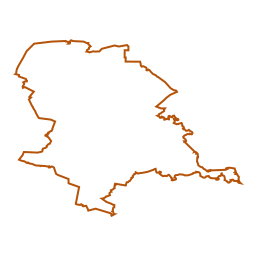 Rušonas pag., Riebinu, Latvia
{"feature_id": "27541924B29879991166878", "entity_name": "Rušonas pag.", "entity_type": "district", "adm_level": 2, "iso_a3": "LVA", "parent_name": "Latvia", "parent_adm1": "Riebinu", "projection": "robinson", "projection_center": [26.972, 56.22], "detail": "fine", "context": "isolated", "style": "outline", "palette": "amber", "viewbox_px": 256, "rotation_deg": 0, "n_neighbors": 0, "source": "geoboundaries", "source_scale": "gbopen_adm2", "svg_char_len": 5861}
<svg xmlns="http://www.w3.org/2000/svg" viewBox="0 0 256 256"><path d="M235.9,172.0L234.6,168.4L232.8,168.3L232.1,168.0L228.7,167.7L226.3,168.2L226.0,168.8L226.9,169.2L225.6,169.8L210.8,170.4L210.7,170.0L210.3,169.9L209.9,170.1L210.0,170.8L208.4,170.4L207.6,170.7L207.6,171.1L208.3,171.6L208.1,171.7L207.3,171.3L204.8,169.3L203.8,169.0L202.3,167.2L201.8,167.3L200.3,166.7L198.3,165.3L198.1,164.7L198.1,163.7L197.6,163.0L197.4,162.0L197.0,161.6L197.3,157.8L198.0,157.5L198.0,157.1L197.6,156.8L198.0,156.4L197.6,153.8L196.5,153.7L196.9,153.2L196.7,152.7L195.9,152.6L195.7,152.0L195.0,151.7L194.4,151.9L194.6,151.6L194.4,151.4L184.8,142.1L184.2,141.3L184.8,141.3L184.7,141.6L185.0,141.5L186.1,141.0L186.1,140.6L185.3,139.2L183.6,137.9L183.2,137.1L183.3,136.7L184.7,135.3L185.7,135.1L187.4,134.0L189.4,134.2L189.7,133.8L190.0,134.1L191.8,134.3L192.5,133.2L192.1,132.1L190.0,130.9L188.9,129.9L188.1,130.5L186.1,130.8L184.6,129.3L184.1,129.1L183.7,129.3L183.0,128.8L182.9,128.5L183.9,128.1L183.8,127.4L183.5,126.6L182.2,125.8L182.2,124.2L181.9,123.8L181.9,123.4L181.5,123.0L178.8,123.7L178.2,124.1L176.5,124.2L175.5,123.5L174.7,123.5L173.8,123.0L174.3,122.5L174.5,121.7L174.8,121.1L173.9,119.0L174.4,119.3L175.8,119.5L176.7,120.1L177.6,120.3L178.4,119.8L178.0,119.0L176.9,118.8L175.5,117.9L174.5,116.3L174.0,116.0L174.0,115.7L172.7,115.9L172.1,117.0L171.6,117.2L170.9,116.8L170.0,116.7L170.0,116.2L169.5,115.9L168.7,116.1L168.3,117.1L168.9,118.2L169.0,119.3L168.5,119.3L167.2,118.8L164.5,119.7L164.2,119.6L164.3,119.1L164.9,118.9L164.9,118.5L163.6,117.3L161.7,116.6L160.5,117.4L161.0,117.7L160.1,117.8L159.2,116.6L157.4,115.7L158.8,115.1L159.2,113.9L160.6,113.5L161.6,112.6L164.0,111.2L164.2,110.7L163.9,109.9L165.0,108.4L161.0,108.4L156.3,106.6L164.1,100.1L166.4,97.8L170.3,94.8L177.0,91.8L176.1,90.6L173.7,90.1L170.7,88.3L165.1,82.1L158.2,77.1L157.2,76.7L155.8,75.3L152.9,73.9L150.7,71.7L149.6,70.2L148.4,69.6L147.9,70.2L147.2,70.4L146.5,70.2L146.6,68.5L146.2,67.6L143.4,66.3L142.7,66.2L141.9,66.7L141.3,66.2L140.8,65.5L140.6,63.5L140.1,61.7L125.6,61.6L125.7,57.5L124.6,57.4L124.7,50.2L128.4,50.3L128.4,46.3L127.2,45.5L127.0,45.1L118.8,46.5L114.6,45.5L101.8,48.8L99.4,51.4L94.7,51.6L93.5,51.3L89.3,52.4L88.8,52.0L86.7,51.6L87.3,51.1L87.0,50.2L87.1,49.9L89.0,48.8L89.0,47.6L90.6,46.3L88.4,44.3L88.2,44.0L88.3,43.0L87.0,43.1L83.5,41.6L73.2,41.1L71.1,40.3L70.8,40.9L69.5,41.5L69.4,41.9L70.0,42.3L70.1,42.7L69.8,43.4L69.0,43.7L68.3,43.7L68.9,43.1L67.7,41.9L66.9,41.5L65.8,41.5L65.6,41.0L51.5,41.6L34.1,43.7L26.6,51.2L22.9,58.2L17.9,66.8L17.5,68.1L17.0,68.6L16.3,71.9L16.2,73.5L15.4,74.1L19.0,75.0L18.9,76.5L26.0,79.0L26.3,80.1L26.9,80.6L26.8,81.4L24.8,81.5L23.3,82.3L24.1,83.4L24.1,84.1L22.6,86.7L22.9,87.8L24.9,87.1L33.8,91.6L29.4,96.9L31.0,97.5L28.9,99.5L32.0,105.9L32.8,106.8L33.0,107.7L35.2,111.2L35.9,112.9L38.0,116.8L39.0,118.1L50.8,119.6L55.1,121.5L52.3,128.9L52.4,129.5L51.5,131.0L50.5,131.2L49.9,131.8L48.1,132.6L47.8,133.6L48.2,133.8L47.6,134.4L47.5,135.1L46.9,134.8L46.7,134.4L45.8,134.8L46.0,135.3L45.6,135.7L48.4,137.3L51.1,141.0L49.9,143.6L48.2,144.3L47.1,145.7L46.7,145.8L46.8,146.9L45.8,147.7L42.9,148.7L42.5,149.4L42.5,150.7L42.2,151.4L41.7,151.7L37.5,152.6L23.9,152.0L22.5,155.3L19.0,159.7L21.1,160.6L24.6,161.4L26.8,162.9L27.1,163.0L27.8,162.5L28.5,162.7L28.8,163.3L32.4,164.0L35.0,165.2L37.1,165.6L38.8,165.5L40.4,166.1L41.0,165.7L43.4,166.0L44.2,165.9L47.7,166.5L49.5,166.3L49.9,166.6L48.9,166.9L48.7,167.1L48.9,167.5L50.3,167.4L51.5,166.5L52.8,166.8L53.9,167.5L56.1,173.9L58.2,175.1L68.5,179.0L68.6,183.3L79.1,187.0L75.8,203.9L76.7,204.4L77.9,204.5L79.0,204.9L80.6,204.9L80.9,204.4L81.5,204.3L81.9,204.8L83.1,205.3L83.3,205.6L83.0,206.2L83.6,206.3L86.2,205.8L87.8,209.0L88.3,210.6L95.6,208.7L110.4,213.2L111.2,213.7L111.6,214.5L111.3,215.1L111.6,215.7L114.5,214.2L113.6,214.1L113.7,213.6L112.9,211.3L112.4,211.2L112.9,210.5L112.8,209.4L113.4,207.5L114.3,207.3L114.3,204.9L112.7,204.6L111.0,203.6L106.6,202.0L101.8,198.6L103.8,198.3L105.0,197.4L105.7,197.2L106.1,196.4L107.2,196.3L110.0,195.2L109.4,193.6L109.5,193.1L111.1,191.7L111.4,191.7L110.9,190.3L112.4,189.7L114.7,188.0L114.3,187.2L114.5,186.3L115.3,185.4L114.7,184.9L115.1,183.7L125.8,185.5L125.9,185.4L125.8,184.8L126.7,182.3L128.1,182.2L128.8,181.3L130.0,180.8L130.9,179.2L132.0,178.0L131.7,177.7L132.9,177.1L132.8,176.0L134.3,174.0L135.4,173.8L135.7,172.3L138.1,173.6L139.6,173.1L142.1,172.9L147.8,171.8L152.4,170.1L153.1,170.0L154.7,169.0L155.6,168.8L156.0,170.8L156.5,172.4L156.9,172.7L158.7,172.5L159.7,171.6L160.7,171.9L160.9,172.5L160.6,173.0L159.7,173.3L159.6,173.7L160.6,174.7L163.0,176.2L164.6,175.9L165.8,175.9L166.1,176.1L167.0,176.0L168.4,174.8L168.9,174.8L170.7,176.7L171.3,178.1L171.6,178.4L172.5,178.4L171.9,179.5L171.8,180.2L172.7,180.3L174.6,179.9L175.9,179.3L176.0,178.5L174.9,177.5L174.7,176.3L175.1,175.5L175.6,175.2L177.7,175.0L179.6,174.3L183.4,174.7L184.9,175.4L188.1,175.3L192.5,173.9L193.0,173.6L193.2,173.0L196.0,172.5L195.9,171.9L196.1,171.7L197.1,172.2L198.1,172.0L199.2,172.4L199.9,173.3L200.3,174.6L200.3,175.9L203.2,177.5L204.7,177.7L205.5,177.2L206.2,176.4L208.7,176.0L208.9,176.4L208.9,176.8L209.9,177.4L210.5,178.0L212.8,178.3L215.8,178.3L215.9,179.1L216.1,179.4L216.5,179.3L216.6,179.7L218.0,179.7L218.7,179.2L218.8,178.8L218.1,178.1L217.6,178.2L217.6,177.7L219.2,176.0L220.2,176.0L220.8,175.7L221.2,174.8L221.3,173.6L221.7,173.4L222.3,175.3L223.6,175.6L224.3,176.2L224.8,178.3L224.8,179.6L224.6,180.1L226.7,181.0L227.0,181.6L227.8,182.0L228.2,182.6L229.4,182.5L229.7,182.0L230.8,181.5L230.9,180.8L230.5,180.1L232.1,179.7L233.3,179.8L233.4,180.0L233.2,180.2L233.3,180.5L234.0,180.9L237.3,181.0L237.9,181.4L237.8,181.9L238.7,182.8L240.6,183.2L239.8,182.5L238.4,179.0L238.9,177.5L238.8,176.8L237.7,175.5L237.3,174.4L235.8,174.1L236.4,173.6L235.6,173.0L234.8,172.6L235.3,172.3L235.3,172.0L235.9,172.0Z" fill="none" stroke="#b45309" stroke-width="2"/></svg>